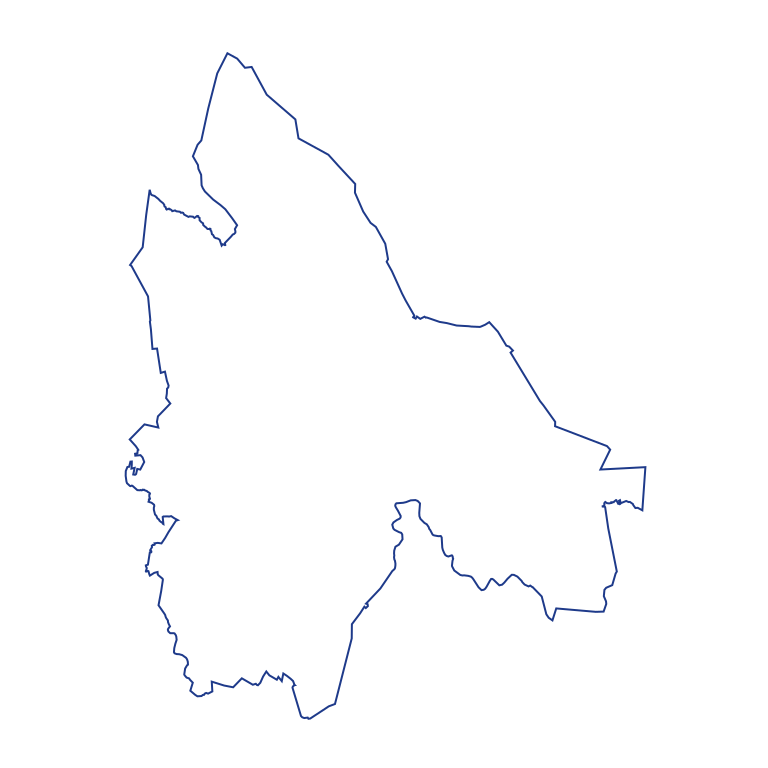 Lagunillas, San Luis Potosí, Mexico, rotated 179°
{"feature_id": "50627088B55940986793809", "entity_name": "Lagunillas", "entity_type": "district", "adm_level": 2, "iso_a3": "MEX", "parent_name": "Mexico", "parent_adm1": "San Luis Potosí", "projection": "equal_earth", "projection_center": [-99.616, 21.598], "detail": "fine", "context": "isolated", "style": "outline", "palette": "blue", "viewbox_px": 768, "rotation_deg": 179, "n_neighbors": 0, "source": "geoboundaries", "source_scale": "gbopen_adm2", "svg_char_len": 6117}
<svg xmlns="http://www.w3.org/2000/svg" viewBox="0 0 768 768"><g transform="rotate(179 384 384)"><path d="M534.8,717.4L545.3,697.5L554.9,662.6L562.4,630.7L566.2,626.5L571.1,615.0L566.2,606.2L565.8,602.3L563.2,596.4L562.9,585.8L561.7,582.9L559.7,579.6L551.6,571.4L544.3,565.7L539.6,561.5L533.0,552.5L528.1,545.3L530.4,541.5L529.9,539.2L530.0,537.9L531.3,536.6L532.6,536.1L534.5,533.9L540.6,527.8L540.3,525.7L540.6,525.6L542.7,526.6L543.9,525.2L545.8,531.1L547.8,532.4L549.5,532.7L551.1,533.6L552.2,535.9L553.4,536.8L554.0,539.8L554.7,540.5L554.8,542.1L555.4,542.4L555.9,542.0L557.8,542.1L559.2,543.7L560.3,544.5L562.0,546.2L562.1,547.8L563.6,548.8L565.5,550.9L565.5,553.3L566.9,554.3L566.9,555.1L567.9,555.3L570.5,553.4L571.3,553.8L572.0,554.6L575.3,555.0L576.6,554.5L580.9,556.9L581.8,558.6L583.0,559.0L584.0,558.7L585.1,559.8L588.6,560.3L589.9,561.2L592.7,560.5L593.4,561.6L595.5,562.9L595.8,562.5L596.6,563.0L598.2,562.2L598.8,562.8L599.2,564.6L600.3,565.3L600.6,566.2L600.5,566.8L601.6,568.5L604.6,571.0L606.3,572.9L610.1,576.0L612.7,576.9L613.4,577.4L614.1,579.0L614.9,582.3L618.8,557.3L622.9,524.9L635.8,507.4L634.4,506.4L618.4,475.7L616.5,451.6L617.0,450.6L616.1,442.7L614.9,423.1L610.3,423.4L607.0,399.0L602.8,400.2L601.0,391.0L599.4,386.2L599.8,384.3L601.0,383.1L601.3,378.2L602.1,373.7L598.0,368.2L610.6,355.6L611.7,350.1L610.4,344.4L624.2,347.8L639.2,333.0L633.2,326.1L630.8,322.4L631.4,322.0L631.8,319.0L634.1,318.6L633.9,316.7L628.7,317.1L626.7,314.8L625.1,310.2L629.2,302.7L632.2,303.4L633.4,298.4L634.0,297.8L634.5,297.6L636.3,297.9L634.8,304.5L638.0,303.8L637.6,307.5L637.5,310.9L638.9,310.8L640.3,305.7L642.0,305.5L643.7,301.5L643.9,296.7L643.2,290.9L642.7,289.3L639.8,286.5L639.1,286.3L638.1,286.8L637.3,286.6L632.5,282.2L630.2,282.0L629.0,282.3L628.6,281.9L626.8,282.2L626.8,282.5L625.5,282.4L624.7,281.7L623.1,281.2L622.0,280.2L620.3,279.2L619.9,278.4L620.1,278.0L620.6,277.4L620.6,275.3L620.0,273.4L620.2,273.0L620.8,273.1L621.1,272.8L621.0,271.8L621.5,270.4L618.4,269.3L616.0,267.3L615.8,266.0L616.3,264.3L616.3,262.2L615.2,257.5L614.0,256.3L612.8,253.5L611.4,252.5L611.0,251.4L609.6,250.1L608.1,249.2L607.5,248.1L607.0,247.8L607.6,254.9L606.9,255.4L602.2,255.4L601.3,255.2L599.1,255.6L595.8,253.3L592.6,251.5L594.3,251.0L594.6,250.7L602.1,239.6L605.5,233.9L609.3,228.5L613.0,229.1L616.1,228.7L615.9,228.3L616.1,227.4L617.0,227.0L617.9,227.2L619.0,226.3L618.8,224.9L620.7,221.9L620.5,221.4L619.7,221.1L619.5,220.2L619.9,219.7L621.1,219.6L623.2,207.5L625.3,206.8L625.2,205.9L624.4,204.1L624.7,202.8L625.4,201.0L625.2,200.6L624.9,200.6L623.3,201.2L622.8,201.0L621.9,197.6L621.4,196.5L617.0,199.2L613.7,200.0L613.5,197.5L612.9,196.7L608.8,193.2L608.5,192.2L610.4,180.8L613.3,166.7L607.6,158.2L606.8,156.8L606.4,155.1L605.8,153.7L604.2,151.3L604.1,149.7L603.3,147.5L602.2,145.4L604.0,143.2L604.4,142.0L603.9,140.3L602.1,138.6L598.5,138.5L597.8,138.3L596.6,136.6L596.1,135.1L595.8,131.8L597.1,128.1L598.3,123.6L598.7,119.5L598.1,118.4L596.1,117.6L593.5,117.4L590.5,116.5L586.7,113.7L585.7,112.1L585.0,109.7L584.9,106.8L585.8,106.2L587.8,103.0L588.8,97.1L588.4,96.2L586.5,93.9L584.1,93.1L583.0,91.5L580.4,88.7L583.0,80.7L578.2,76.5L576.0,75.0L571.9,75.2L570.7,76.2L569.3,76.4L568.7,77.5L567.2,78.2L565.3,77.5L561.0,79.6L561.4,89.4L549.1,85.3L540.1,83.4L531.3,92.2L520.4,85.6L517.4,86.5L516.3,85.3L515.3,85.0L512.9,87.4L510.0,93.6L506.7,98.6L503.7,94.7L496.3,90.2L494.7,93.0L491.4,88.7L489.7,96.3L486.2,93.9L482.5,90.9L480.1,88.6L478.8,84.9L478.4,84.5L479.3,84.4L479.6,83.7L480.4,83.2L480.8,82.0L472.8,53.5L471.6,52.2L469.6,51.4L466.1,51.8L465.4,50.6L463.6,50.8L444.8,62.7L438.6,64.9L420.7,130.2L420.3,144.4L411.9,155.1L407.5,161.7L406.1,160.3L404.0,162.2L404.2,164.1L405.8,164.7L391.2,179.6L379.0,196.8L376.8,198.7L376.2,199.8L375.8,202.1L375.7,204.2L376.1,207.0L376.7,208.4L377.0,210.8L376.7,212.1L376.9,214.5L376.7,217.2L375.4,221.1L371.9,223.1L368.2,228.4L368.4,233.3L369.4,234.9L371.5,235.6L376.0,238.0L377.2,239.3L378.2,243.2L377.0,245.4L373.5,247.8L370.7,249.1L369.8,250.2L369.6,251.7L372.3,257.1L374.3,260.5L374.9,262.0L374.6,263.5L373.7,264.5L366.9,264.9L364.0,265.5L359.3,267.2L354.6,267.4L352.4,266.5L350.5,264.5L350.1,263.9L351.0,254.5L350.9,251.2L349.9,248.5L346.0,244.4L343.7,243.0L341.9,240.3L341.2,238.2L340.4,237.3L338.1,232.7L337.3,232.0L335.9,231.6L332.3,230.9L329.9,231.0L329.0,229.6L328.6,219.5L328.1,217.2L326.9,214.2L325.8,212.1L324.4,211.0L322.7,210.4L319.3,211.5L318.8,211.3L318.2,209.7L318.3,208.9L317.9,208.1L318.6,206.0L319.2,201.4L319.1,200.5L317.0,196.3L311.0,191.7L308.9,191.2L307.2,191.3L303.1,190.7L300.5,189.9L299.2,188.8L298.1,187.3L293.0,179.1L290.1,176.2L287.9,176.5L286.4,177.5L284.9,179.6L281.7,185.2L280.3,187.2L279.1,187.2L278.0,186.5L272.2,180.7L269.4,181.3L267.2,183.3L263.9,187.1L259.6,191.0L257.5,190.9L254.0,189.1L249.8,184.7L249.2,183.5L246.9,181.0L243.0,179.1L241.3,179.9L239.2,178.3L238.9,178.3L230.0,168.8L225.7,150.9L223.4,147.4L219.7,144.7L215.7,156.6L176.2,152.5L168.4,152.6L165.6,160.2L165.8,162.8L167.9,168.0L167.2,174.3L165.4,176.4L159.3,178.9L155.7,190.5L154.5,192.4L162.3,235.7L165.0,256.8L165.3,257.5L168.3,257.7L166.5,258.3L166.0,258.7L165.7,259.9L165.9,260.3L165.6,261.4L164.8,262.2L163.2,261.0L161.1,260.7L158.6,261.1L158.7,261.8L156.4,261.8L156.0,262.4L154.0,263.9L153.7,263.8L151.9,260.1L150.6,260.0L149.8,259.2L151.0,263.2L150.1,263.7L149.4,260.7L143.9,262.8L141.5,261.7L140.2,261.8L137.2,259.6L136.9,258.6L134.8,255.6L132.5,255.8L127.9,253.2L124.1,296.3L169.1,294.7L159.0,314.4L162.1,318.0L213.7,338.8L213.5,343.2L225.0,359.9L228.4,364.3L256.9,413.2L254.5,415.2L258.2,419.2L261.0,420.2L269.2,434.3L277.7,444.0L281.8,441.5L286.4,439.6L287.3,439.4L295.6,439.9L298.3,440.3L310.4,441.2L320.1,443.8L327.3,445.1L339.1,449.4L340.3,449.8L341.0,449.6L342.3,450.6L346.6,448.5L349.9,450.9L351.2,448.8L353.7,450.2L353.4,450.8L352.6,451.3L352.5,451.8L360.9,467.1L364.4,474.2L374.1,496.6L379.2,506.2L377.8,508.7L380.3,524.2L389.4,541.2L394.6,545.3L401.8,556.8L409.7,575.8L409.3,584.5L425.6,602.7L435.6,614.2L465.2,631.1L468.0,650.1L496.2,675.3L510.8,703.3L517.5,702.6L525.1,711.9L534.8,717.4Z" fill="none" stroke="#1e3a8a" stroke-width="2"/></g></svg>